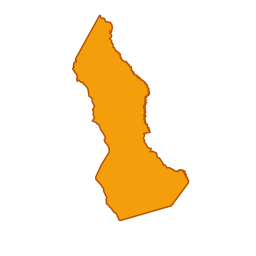 Feijó, Acre, Brazil, rotated 119°
{"feature_id": "56859067B34777651635639", "entity_name": "Feijó", "entity_type": "district", "adm_level": 2, "iso_a3": "BRA", "parent_name": "Brazil", "parent_adm1": "Acre", "projection": "natural_earth1", "projection_center": [-71.035, -8.896], "detail": "fine", "context": "isolated", "style": "filled", "palette": "amber", "viewbox_px": 256, "rotation_deg": 119, "n_neighbors": 0, "source": "geoboundaries", "source_scale": "gbopen_adm2", "svg_char_len": 5740}
<svg xmlns="http://www.w3.org/2000/svg" viewBox="0 0 256 256"><g transform="rotate(119 128 128)"><path d="M212.7,89.9L174.9,52.3L146.6,48.6L146.4,48.6L146.1,49.0L144.6,49.6L144.4,49.7L144.5,50.6L144.2,51.0L143.1,51.5L142.5,52.1L143.0,52.9L142.4,53.1L142.1,54.4L140.9,54.3L140.6,54.5L141.1,55.9L139.9,55.8L139.8,56.1L140.1,56.7L139.9,57.1L139.2,57.5L138.8,57.6L138.7,57.1L138.3,57.1L138.4,57.6L139.2,58.3L138.7,58.5L139.1,59.0L139.0,59.4L138.3,59.7L138.7,60.7L139.1,61.0L139.0,61.3L139.2,61.6L139.0,61.8L139.3,62.4L139.6,62.3L140.0,62.9L140.3,62.9L140.7,63.2L141.6,62.9L142.0,63.2L141.9,64.0L142.1,64.1L142.7,65.2L142.8,66.1L143.1,66.6L143.0,67.0L142.5,67.6L142.7,70.9L142.5,71.8L143.8,74.8L143.7,75.3L143.2,75.9L142.4,77.5L142.7,78.2L143.3,78.7L143.3,78.9L143.0,79.5L142.5,79.6L142.0,80.2L139.0,85.9L139.6,88.0L136.1,91.0L136.4,95.0L137.8,97.0L134.8,97.8L135.6,101.1L133.3,104.5L132.3,107.3L130.7,107.4L129.7,109.5L126.5,110.0L125.1,111.6L124.5,110.9L124.2,109.6L123.1,109.5L121.6,107.1L121.0,106.6L120.6,107.0L120.4,107.6L120.2,107.6L119.8,107.9L119.7,108.2L119.8,108.5L119.4,108.4L118.6,109.3L118.8,109.8L118.7,110.2L118.5,110.4L118.5,109.8L118.2,109.8L118.3,110.1L118.1,110.0L117.7,110.2L117.5,110.5L117.8,111.3L117.7,111.6L116.9,111.9L116.9,112.3L116.7,112.4L116.6,112.7L116.3,112.7L116.1,113.2L115.9,113.2L115.6,112.7L115.4,112.8L115.8,113.5L115.7,114.0L115.9,114.7L115.8,115.0L115.3,114.9L115.2,115.1L115.5,115.4L115.4,115.7L115.0,115.2L114.7,115.1L114.4,116.1L114.0,115.8L113.8,115.9L113.6,116.1L113.7,116.4L112.8,116.7L112.6,117.0L112.7,117.3L112.9,117.5L112.9,117.8L112.7,118.0L112.3,117.7L111.7,117.9L111.5,117.7L111.3,117.8L111.3,118.0L111.6,118.4L111.7,118.7L111.5,118.9L111.4,119.2L111.3,118.6L110.7,118.3L110.4,118.5L110.0,119.3L109.9,119.2L109.9,118.6L109.7,118.5L109.2,119.1L108.9,119.0L108.8,118.6L108.2,119.5L108.4,119.8L107.8,119.5L107.2,119.9L107.1,120.6L106.9,120.4L106.4,120.9L105.7,120.2L105.4,120.3L104.9,121.1L104.9,122.0L104.6,121.9L104.3,121.4L104.1,121.5L103.9,121.9L103.5,121.9L102.7,122.5L102.8,122.8L102.5,122.6L102.3,123.9L101.7,123.5L101.5,124.0L101.7,124.5L101.4,125.0L101.2,125.0L100.7,124.4L100.3,124.7L100.1,124.5L99.8,124.7L99.7,124.6L99.9,124.0L99.7,124.1L99.3,124.7L98.9,124.1L98.4,124.3L98.4,124.0L98.1,124.1L98.1,124.6L97.9,124.5L97.7,125.1L97.1,125.6L96.8,125.0L96.7,125.7L96.5,125.9L96.3,125.9L96.3,125.6L95.8,125.8L95.9,126.2L95.4,126.2L95.0,125.9L95.1,126.2L94.8,126.6L94.6,126.7L94.4,126.5L94.2,126.9L93.8,126.9L93.8,127.4L93.6,127.6L92.7,127.9L92.8,127.1L92.4,127.2L92.2,127.5L91.9,126.7L91.3,126.6L90.9,126.9L90.5,126.7L90.4,127.1L90.1,127.2L89.7,126.4L89.6,126.6L88.9,126.1L88.6,126.4L88.4,126.2L88.2,126.4L88.0,125.9L87.3,126.0L87.1,126.6L86.9,126.5L86.6,126.9L86.4,127.0L86.3,127.8L86.2,127.9L85.7,127.5L85.6,127.8L85.3,128.0L85.4,128.4L85.2,128.6L84.9,128.4L84.8,128.7L84.4,128.6L84.2,128.9L83.6,128.9L83.6,129.3L83.1,130.0L83.0,130.9L82.8,130.9L82.6,130.7L82.4,130.8L82.4,131.3L81.5,131.6L80.8,132.7L80.8,133.0L81.1,133.1L81.0,134.0L80.7,133.9L80.5,134.3L80.0,134.6L80.3,135.0L80.0,135.5L80.0,136.0L79.6,136.1L79.6,137.0L79.4,137.2L79.4,137.6L79.2,137.9L79.3,138.1L79.1,138.7L79.5,139.6L79.5,139.8L79.7,140.0L79.4,140.4L79.4,140.7L78.9,140.7L78.7,141.0L78.6,141.3L78.8,141.6L78.9,142.2L78.7,142.1L78.6,142.3L78.9,142.4L78.9,143.1L78.8,143.6L78.2,143.8L78.9,144.6L78.6,144.7L77.6,145.8L77.8,146.5L78.0,146.5L77.9,146.9L78.1,147.3L77.9,147.6L77.7,148.5L78.2,148.9L77.9,149.3L77.3,149.6L77.4,149.8L77.4,150.1L77.2,150.2L77.1,149.8L76.9,149.8L76.8,150.3L76.5,150.3L76.6,150.5L76.6,151.1L76.4,151.1L76.1,152.7L75.7,152.5L75.6,153.1L74.9,153.3L74.7,153.5L74.6,154.0L74.3,154.2L73.9,154.2L73.5,154.7L73.3,154.6L72.9,155.1L73.1,155.3L73.2,155.6L73.4,155.6L73.1,156.8L72.7,157.2L72.8,157.4L72.3,157.6L71.9,158.9L72.0,159.2L71.9,160.1L71.6,160.2L71.1,161.0L71.4,161.1L71.2,161.9L71.0,162.0L71.1,162.4L71.5,163.1L71.6,164.2L71.4,165.1L71.6,165.7L71.2,166.3L71.1,167.1L70.7,167.3L70.7,167.6L70.2,167.6L69.9,167.9L70.0,168.5L69.6,168.7L69.4,169.3L68.1,170.2L67.7,170.1L67.3,170.4L67.2,171.3L66.7,171.8L67.2,172.9L67.1,173.2L66.4,173.6L66.3,173.8L66.5,174.4L66.2,175.4L66.4,176.1L66.0,176.7L65.7,177.0L65.3,177.9L65.1,178.1L64.7,178.2L64.4,178.7L64.6,180.2L62.5,181.3L61.6,182.4L61.6,183.5L59.4,184.8L58.8,187.4L57.4,186.8L55.0,187.0L53.9,189.7L52.1,190.6L52.3,189.0L47.6,190.4L45.0,192.8L45.1,193.0L45.1,193.3L44.9,193.9L44.3,194.5L44.2,195.0L44.7,195.5L44.9,196.1L44.9,197.4L45.8,198.6L44.8,200.4L44.2,200.9L44.1,201.3L43.7,201.8L43.8,202.7L44.1,203.1L44.5,203.1L44.6,204.1L44.8,204.8L44.4,205.6L43.4,206.3L43.2,206.9L43.3,207.4L93.0,207.4L93.8,206.3L94.2,206.7L94.4,206.6L94.5,205.7L94.8,205.5L95.4,205.4L96.7,206.8L97.3,206.9L99.6,205.9L100.3,205.9L100.6,205.4L100.7,204.8L101.1,204.7L101.5,205.0L102.3,205.2L103.3,205.0L103.6,203.6L104.3,203.0L104.7,201.6L105.1,201.5L105.7,199.4L106.0,199.1L106.2,198.5L108.4,196.8L110.0,196.8L110.2,196.3L111.0,195.9L111.6,195.0L110.1,194.2L110.8,191.5L110.0,189.5L110.8,188.7L111.4,185.9L113.5,181.7L119.0,177.6L119.4,174.0L122.4,172.0L125.3,167.8L129.3,167.8L130.6,165.8L132.7,165.4L135.3,162.2L139.1,162.6L138.6,158.0L139.3,157.5L139.4,154.9L142.8,150.8L145.6,145.4L147.4,143.1L150.2,142.9L151.2,141.6L153.3,136.7L155.6,134.2L158.5,132.8L166.3,133.1L172.7,133.5L186.6,132.4L188.2,131.4L189.0,129.7L190.9,124.0L192.2,121.7L192.9,120.0L195.2,118.4L199.4,112.6L201.3,112.5L201.7,111.8L202.5,111.6L202.6,111.1L203.2,110.8L204.0,110.8L204.3,110.1L204.8,109.8L205.1,107.6L206.0,105.8L206.0,104.6L206.3,104.3L206.6,103.0L207.2,102.3L207.5,101.2L207.8,100.9L208.1,99.8L208.5,99.5L208.4,97.8L208.7,96.6L209.3,95.6L210.6,94.2L210.6,93.7L212.3,92.0L212.4,91.7L212.3,91.4L212.5,91.3L212.8,90.3L212.7,89.9Z" fill="#f59e0b" stroke="#b45309" stroke-width="1.5"/></g></svg>